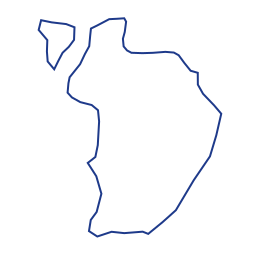 outline of Sarajevo-romanija, rotated 92°
{"feature_id": "BIH-4806", "entity_name": "Sarajevo-romanija", "entity_type": "state/province", "adm_level": 1, "iso_a3": "BIH", "parent_name": "Bosnia and Herzegovina", "parent_adm1": "", "projection": "orthographic", "projection_center": [18.669, 43.854], "detail": "fine", "context": "isolated", "style": "outline", "palette": "blue", "viewbox_px": 256, "rotation_deg": 92, "n_neighbors": 0, "source": "natural_earth", "source_scale": "10m", "svg_char_len": 954}
<svg xmlns="http://www.w3.org/2000/svg" viewBox="0 0 256 256"><g transform="rotate(92 128 128)"><path d="M73.0,60.1L82.2,59.7L91.2,54.2L102.3,42.8L110.5,35.3L132.2,39.5L153.5,45.1L177.9,60.5L208.5,77.3L220.7,90.0L233.1,104.1L231.1,109.7L233.2,128.1L232.3,140.8L237.5,154.9L232.4,163.4L221.2,162.0L213.0,156.4L194.6,152.3L177.3,158.0L164.3,167.0L158.1,159.6L146.2,157.6L122.5,157.1L111.3,158.6L106.3,165.1L103.8,176.6L99.4,185.1L94.8,189.6L85.4,189.1L79.3,188.1L78.4,187.4L65.9,178.1L55.5,173.6L47.6,169.6L36.8,169.0L29.9,168.5L26.7,162.5L19.9,150.6L19.2,142.6L18.5,135.6L21.8,133.6L32.2,134.6L39.0,136.2L46.6,135.2L50.5,131.7L52.7,127.2L52.7,116.2L52.0,105.8L50.6,93.3L51.0,84.8L53.5,79.9L61.1,73.9L68.6,67.4L70.4,60.2L73.0,60.1ZM23.3,218.6L25.1,207.9L26.3,193.4L29.2,185.0L36.7,185.0L41.8,185.0L49.0,190.0L55.1,196.0L63.4,200.0L71.9,203.8L64.3,210.6L54.4,211.7L43.0,211.7L33.1,220.7L23.3,218.6Z" fill="none" stroke="#1e3a8a" stroke-width="2"/></g></svg>